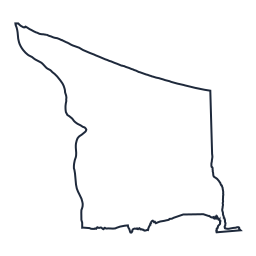 the district of Sitionuevo, Magdalena, Colombia
{"feature_id": "7082276B53559247838582", "entity_name": "Sitionuevo", "entity_type": "district", "adm_level": 2, "iso_a3": "COL", "parent_name": "Colombia", "parent_adm1": "Magdalena", "projection": "mercator", "projection_center": [-74.637, 10.912], "detail": "fine", "context": "isolated", "style": "outline", "palette": "slate", "viewbox_px": 256, "rotation_deg": 0, "n_neighbors": 0, "source": "geoboundaries", "source_scale": "gbopen_adm2", "svg_char_len": 5637}
<svg xmlns="http://www.w3.org/2000/svg" viewBox="0 0 256 256"><path d="M65.6,110.0L65.9,112.1L67.4,115.0L69.3,116.2L71.9,118.3L72.7,119.2L74.0,121.0L75.4,122.3L77.5,123.8L80.7,125.4L82.6,126.7L83.3,127.0L84.3,127.3L84.7,127.5L85.6,128.4L86.1,129.2L86.3,129.6L86.2,130.1L85.9,130.9L85.5,131.5L85.0,132.0L81.7,134.7L79.4,136.2L78.5,137.1L77.5,138.4L76.7,140.5L76.0,143.3L75.8,145.3L75.8,147.6L76.2,152.8L76.1,155.5L75.8,157.2L74.8,160.1L74.5,161.6L74.1,163.7L73.9,165.9L73.9,168.3L74.4,169.8L75.0,173.5L76.0,184.5L76.8,188.5L78.0,191.6L79.4,194.4L81.5,198.8L82.4,202.1L82.7,203.9L82.6,206.2L82.2,207.9L81.4,210.1L81.3,212.5L81.4,219.9L81.9,221.7L82.1,222.2L82.2,223.2L82.2,227.7L83.1,227.6L89.5,228.1L91.1,228.8L94.1,228.9L94.7,228.8L94.9,228.5L95.2,228.4L95.7,228.6L96.1,228.8L96.4,228.5L96.5,228.3L96.8,227.9L97.2,227.8L97.4,227.3L97.7,227.4L98.2,227.7L98.9,227.9L99.3,227.9L100.6,227.5L101.0,227.5L101.5,227.8L103.1,229.1L103.5,229.2L103.8,228.9L104.3,228.0L104.6,227.8L104.9,227.8L105.4,228.2L106.1,228.5L106.7,228.5L108.6,228.4L113.0,228.6L115.3,228.4L116.6,227.8L120.1,226.6L124.8,225.7L127.9,225.4L128.1,226.8L128.6,228.0L129.3,229.1L130.1,231.8L130.5,232.5L131.3,232.6L131.5,232.5L131.9,232.0L132.0,231.6L132.3,231.2L132.2,230.7L132.8,229.4L133.9,228.8L134.4,228.6L135.1,228.6L136.2,228.8L136.6,228.7L137.0,228.4L137.4,228.8L137.4,229.0L138.0,229.2L138.3,228.9L138.8,228.7L139.1,228.3L139.5,228.2L140.4,229.4L141.1,229.4L141.3,229.2L142.0,229.3L142.4,229.7L142.8,229.8L143.2,229.7L143.6,229.8L144.0,230.4L144.4,230.6L145.7,230.5L147.2,229.9L147.4,230.0L148.0,230.1L148.3,229.1L148.3,228.4L148.7,227.6L148.8,227.1L149.3,226.4L149.6,225.5L149.8,225.3L149.9,225.0L150.4,224.8L150.4,224.3L150.3,223.9L150.4,223.4L150.5,223.3L150.7,223.2L151.2,223.0L151.4,222.7L151.6,222.6L151.3,222.6L151.2,222.1L151.5,221.6L152.2,220.9L152.6,220.7L152.8,220.7L153.7,221.8L154.1,222.2L154.8,221.7L155.2,222.2L155.9,223.2L158.2,222.2L160.2,221.5L164.4,220.8L166.4,220.3L168.1,220.0L168.6,219.8L169.2,219.5L169.5,218.9L171.9,218.7L173.6,217.8L183.2,214.5L203.3,214.2L208.1,215.8L209.2,216.1L209.3,216.0L209.5,216.1L210.6,217.0L211.5,217.4L212.2,217.3L212.9,217.5L213.4,217.1L213.5,217.2L213.3,217.3L213.3,217.5L213.1,217.5L213.3,217.8L213.5,217.7L213.6,217.9L214.1,217.9L214.3,218.2L214.5,217.9L214.5,218.1L215.0,217.9L215.3,217.6L215.4,218.1L215.9,217.9L216.4,218.0L216.9,216.2L217.0,216.3L217.2,217.4L217.2,217.9L217.1,218.1L217.4,218.0L217.4,218.4L217.7,218.3L217.7,218.5L218.1,218.7L218.2,218.9L218.3,218.8L218.5,219.0L218.9,219.3L218.8,219.7L219.1,219.8L219.3,220.0L219.5,219.7L219.5,219.9L219.6,220.0L219.7,220.3L219.9,220.4L220.0,220.7L220.0,220.9L220.4,221.1L220.2,221.7L220.1,221.8L220.2,222.1L220.0,222.5L220.1,223.7L219.8,224.3L218.6,225.4L217.9,226.3L217.9,227.0L217.5,228.3L217.3,228.5L216.9,228.4L216.7,228.6L216.6,229.7L216.8,230.5L216.7,230.6L216.6,230.4L216.4,230.3L216.3,230.5L216.4,230.9L216.6,231.2L216.4,231.7L216.6,232.3L240.6,230.3L240.1,229.8L239.2,229.0L239.1,228.6L239.3,228.2L239.2,227.8L239.0,227.5L238.7,227.3L238.4,227.2L237.5,227.2L236.8,227.3L235.8,227.7L233.5,227.9L228.6,228.8L227.6,228.8L226.1,228.6L225.0,228.3L224.9,228.2L224.9,227.6L224.6,227.0L224.7,226.4L225.0,225.8L225.2,225.6L225.3,225.2L225.3,224.1L225.5,223.6L225.4,222.8L225.1,222.3L225.0,221.7L225.0,221.2L224.9,221.0L225.0,220.3L224.9,220.1L224.9,219.8L224.7,219.1L224.4,218.8L224.4,218.2L224.1,218.0L223.9,217.9L224.0,217.6L223.7,216.9L223.7,216.3L223.4,215.6L223.2,215.3L223.2,215.0L222.9,214.1L223.0,213.3L222.8,212.2L222.5,211.4L222.2,210.1L222.3,209.0L222.6,207.8L222.6,206.9L222.8,206.0L223.0,204.7L222.8,203.8L222.7,203.0L222.9,202.4L223.1,201.2L222.9,200.1L223.1,196.7L223.0,196.0L223.2,195.6L223.3,194.4L223.1,193.8L223.2,193.4L223.2,191.7L222.8,189.3L222.7,189.0L222.6,187.8L222.1,186.6L221.9,185.8L221.8,185.6L221.5,185.5L221.4,185.2L221.2,185.2L220.9,184.5L220.4,183.6L220.2,182.7L219.6,182.1L219.1,181.2L218.9,181.0L217.1,178.8L216.6,178.6L216.5,178.4L215.8,177.9L214.3,177.0L214.2,176.8L213.9,176.6L213.7,176.4L213.3,175.2L213.1,172.8L212.7,171.2L212.8,170.4L212.6,169.7L212.6,168.0L212.2,167.2L211.7,167.0L211.4,166.0L211.4,163.5L211.8,161.5L211.9,160.2L212.3,157.8L212.4,156.6L212.2,154.5L212.1,154.1L210.3,90.7L204.7,89.8L195.7,88.0L184.6,85.3L183.7,85.0L177.4,83.6L171.2,81.9L169.5,81.2L165.1,80.1L163.1,79.4L160.0,78.5L159.1,78.2L156.1,77.6L152.9,76.6L151.9,76.4L150.8,75.9L149.9,75.7L147.5,74.8L146.2,74.5L139.8,72.2L138.8,72.0L136.0,70.6L134.1,70.0L132.9,69.4L131.5,69.0L128.9,67.9L125.8,66.9L124.1,66.1L123.2,66.0L122.4,65.7L121.8,65.7L121.2,65.5L117.4,63.9L114.4,62.8L111.1,61.4L109.3,60.9L107.3,60.0L105.2,59.3L99.6,56.9L95.6,55.3L94.2,54.6L90.0,53.0L83.0,50.0L79.1,47.7L72.6,45.4L70.3,44.3L69.3,43.6L68.5,43.3L67.6,42.7L66.6,42.4L62.9,40.6L61.8,40.0L61.5,40.1L59.5,39.1L57.2,38.2L54.8,37.8L53.1,37.3L51.0,36.4L50.3,36.2L49.2,35.9L47.0,34.9L46.2,34.7L46.2,34.4L46.1,34.7L45.5,34.7L43.4,34.3L41.4,34.2L39.4,33.8L36.8,32.5L36.9,32.3L36.8,32.6L36.3,32.5L33.9,31.4L31.0,29.8L29.7,29.2L27.1,27.5L26.0,26.9L25.6,26.6L25.4,26.7L25.5,27.0L25.1,27.3L24.5,27.4L23.4,27.3L20.9,25.9L19.3,24.6L19.0,24.2L18.2,23.4L17.8,23.4L17.0,23.6L16.8,23.4L15.4,23.4L15.6,24.9L16.6,27.5L17.2,29.9L17.6,32.4L18.2,38.7L18.6,40.5L19.0,42.2L19.6,44.0L20.7,46.3L21.9,48.3L23.2,50.1L25.5,52.7L27.9,54.8L29.0,55.5L32.0,57.0L34.0,58.6L35.3,59.5L39.7,61.8L41.5,62.8L43.0,64.2L45.5,66.9L46.6,68.0L47.6,68.7L50.1,70.0L51.0,70.7L52.3,72.1L54.6,73.9L57.2,76.5L60.4,80.5L62.5,83.5L63.6,85.7L64.5,88.4L64.9,90.0L65.1,92.4L66.1,95.5L66.3,96.8L66.4,97.7L66.2,99.5L66.3,101.0L65.8,103.5L65.5,106.1L65.5,108.2L65.6,110.0Z" fill="none" stroke="#1e293b" stroke-width="2"/></svg>